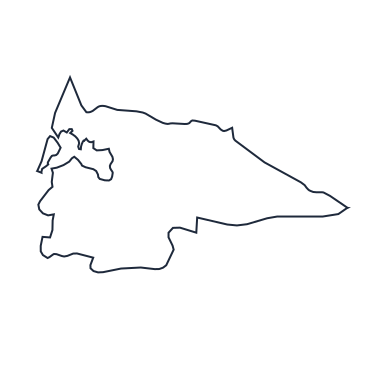 map outline of Sud-Comoé (Natural Earth projection), rotated 99°
{"feature_id": "CIV-3462", "entity_name": "Sud-Comoé", "entity_type": "Region", "adm_level": 1, "iso_a3": "CIV", "parent_name": "Ivory Coast", "parent_adm1": "", "projection": "natural_earth1", "projection_center": [-3.177, 5.67], "detail": "fine", "context": "isolated", "style": "outline", "palette": "slate", "viewbox_px": 384, "rotation_deg": 99, "n_neighbors": 0, "source": "natural_earth", "source_scale": "10m", "svg_char_len": 2548}
<svg xmlns="http://www.w3.org/2000/svg" viewBox="0 0 384 384"><g transform="rotate(99 192 192)"><path d="M183.3,35.8L184.0,36.8L190.9,44.0L195.8,59.1L202.9,104.0L206.2,113.7L215.2,132.6L218.0,142.4L218.6,152.1L216.4,182.9L231.5,181.4L229.1,198.3L230.4,205.2L235.9,208.8L240.4,208.1L248.0,202.8L251.8,201.1L268.4,206.0L271.3,208.8L273.2,212.3L274.0,216.7L274.6,230.8L278.7,250.1L285.1,267.3L286.1,272.2L285.5,276.9L283.2,280.3L280.1,280.9L272.3,279.3L270.7,296.0L271.4,299.7L274.6,305.1L275.7,308.2L275.6,310.5L274.6,316.1L274.8,318.6L275.5,319.5L278.6,322.6L279.8,324.3L277.6,329.4L274.3,332.1L268.9,333.0L259.7,332.6L259.1,325.1L251.4,323.9L241.8,325.2L235.7,325.0L237.6,330.5L236.4,335.9L233.1,340.1L228.5,341.8L224.8,340.6L212.5,333.9L208.7,330.6L204.0,332.1L194.8,332.4L190.9,334.4L189.1,329.3L185.5,323.1L181.2,318.0L177.5,315.9L175.6,313.8L178.1,309.6L181.7,305.7L183.1,304.8L184.2,301.0L184.9,293.0L186.3,289.9L189.5,287.6L191.9,286.9L193.5,285.2L194.1,279.9L193.6,275.8L192.0,273.9L189.3,273.3L185.4,273.3L184.3,273.9L183.0,275.2L181.2,276.6L179.1,277.2L177.2,276.8L174.0,275.3L172.0,275.2L169.7,276.1L165.3,279.7L162.3,280.9L164.6,287.0L165.8,292.6L164.1,296.3L157.5,297.2L158.6,299.3L158.6,301.2L157.6,303.0L155.9,304.8L158.1,306.4L159.1,306.8L157.5,306.8L159.7,307.8L162.1,308.4L164.6,308.7L167.2,308.5L167.2,310.3L165.0,311.5L161.5,311.1L159.1,312.0L157.1,313.7L155.3,316.0L153.9,318.7L152.8,321.5L150.3,319.6L148.7,320.6L149.1,323.0L152.8,325.0L151.4,328.6L152.8,330.8L155.7,332.0L159.1,332.6L150.6,340.5L135.3,339.6L97.9,330.4L123.8,314.8L129.7,308.8L129.6,307.3L129.3,306.0L128.8,304.8L128.1,303.7L127.4,302.7L123.0,298.5L122.2,297.5L121.6,296.4L121.2,295.2L120.9,293.8L120.8,292.3L120.8,290.7L122.6,278.7L121.0,259.5L121.2,253.1L121.8,250.1L126.2,238.9L128.3,231.6L128.6,229.0L128.6,226.8L128.2,225.4L127.7,224.2L127.2,222.1L126.0,210.1L125.6,207.8L125.1,206.6L124.4,205.5L123.4,204.8L122.3,204.1L121.3,202.9L121.1,200.2L122.4,178.9L123.1,176.9L125.7,173.5L126.7,171.3L126.8,169.9L125.9,167.7L122.3,162.4L131.7,159.6L132.8,159.0L133.7,158.2L134.5,157.2L151.4,125.0L165.4,86.0L167.6,81.8L169.8,79.6L171.3,77.7L172.0,76.5L172.5,74.7L173.0,72.3L172.8,69.1L171.9,63.6L171.9,62.0L174.2,55.2L183.3,35.9L183.3,35.8ZM196.5,343.7L195.5,348.2L195.3,348.1L185.2,345.4L162.3,342.9L159.0,340.9L159.9,337.1L164.3,332.5L168.8,328.7L175.0,330.6L176.7,331.9L177.4,333.5L177.7,335.0L178.3,336.1L180.2,337.1L185.3,339.0L186.3,338.9L187.2,338.3L189.2,340.0L192.6,343.6L195.8,343.9L196.5,343.7Z" fill="none" stroke="#1e293b" stroke-width="2"/></g></svg>